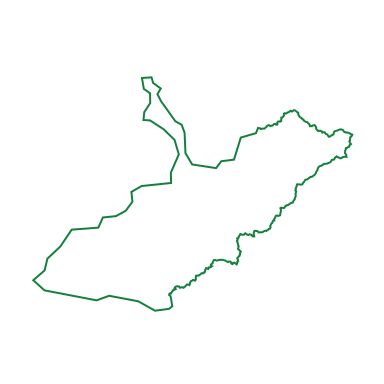 the district of Chatkal, Jalal-Abad, Kyrgyzstan, rotated 177°
{"feature_id": "92254566B64502136331534", "entity_name": "Chatkal", "entity_type": "district", "adm_level": 2, "iso_a3": "KGZ", "parent_name": "Kyrgyzstan", "parent_adm1": "Jalal-Abad", "projection": "equal_earth", "projection_center": [70.686, 41.73], "detail": "fine", "context": "isolated", "style": "outline", "palette": "green", "viewbox_px": 384, "rotation_deg": 177, "n_neighbors": 0, "source": "geoboundaries", "source_scale": "gbopen_adm2", "svg_char_len": 5896}
<svg xmlns="http://www.w3.org/2000/svg" viewBox="0 0 384 384"><g transform="rotate(177 192 192)"><path d="M252.5,195.3L252.0,185.4L259.2,176.7L269.2,171.9L282.3,171.2L287.4,161.3L314.1,160.7L326.4,144.4L339.9,133.0L343.3,121.4L355.1,112.2L344.5,101.5L292.9,88.8L280.2,92.7L251.5,85.7L235.1,75.4L221.2,76.5L217.7,78.9L218.7,88.2L219.1,89.3L219.3,89.7L220.2,90.3L220.0,91.4L219.2,92.0L218.1,91.8L217.7,92.8L216.7,93.9L216.4,94.8L215.6,94.9L214.7,95.4L213.4,95.8L213.6,96.4L214.5,96.9L213.8,97.9L213.0,98.4L211.6,98.7L210.5,98.3L209.8,98.3L209.5,97.7L209.0,97.0L207.8,97.2L207.5,97.4L206.9,97.4L206.1,97.2L205.6,96.8L205.3,96.9L204.7,97.5L203.7,98.0L203.4,98.4L201.6,100.0L200.8,99.8L199.5,99.1L198.9,100.4L198.7,101.6L197.9,102.8L197.6,103.1L196.1,103.6L195.8,103.7L195.7,104.0L195.3,104.0L194.7,104.0L193.7,103.3L193.0,104.0L192.7,104.6L192.8,106.0L192.3,108.2L189.6,108.2L189.0,108.8L188.1,109.1L187.8,109.3L187.1,110.1L186.8,110.3L184.7,110.3L184.7,110.9L183.5,111.3L183.2,112.2L182.9,112.6L183.0,113.5L182.2,114.5L181.9,115.3L180.9,115.0L179.9,114.3L179.7,114.7L179.3,115.1L179.2,115.8L177.5,115.8L176.0,116.8L176.5,117.0L177.0,117.4L177.2,117.8L176.7,118.7L175.2,119.7L175.2,120.4L174.7,121.2L174.4,121.9L173.8,122.7L173.6,122.9L172.3,122.8L171.2,122.3L170.2,122.3L168.0,122.8L164.7,122.7L164.3,122.4L162.5,121.9L161.9,121.4L159.9,120.2L159.1,120.6L157.4,120.5L156.7,119.8L156.6,118.8L156.2,118.3L155.2,117.9L154.8,119.0L154.3,119.2L153.6,119.3L153.1,119.1L152.2,118.2L151.2,117.4L150.9,118.2L150.4,118.8L150.5,120.0L149.5,120.7L149.7,121.4L149.7,122.2L150.0,122.6L150.3,123.1L150.2,123.7L148.0,125.6L148.1,126.2L147.2,127.0L147.3,127.7L147.2,128.6L146.9,129.4L146.4,129.9L146.9,130.5L147.4,130.9L147.8,131.7L148.9,132.4L149.0,133.1L148.5,134.1L148.6,134.7L148.3,135.2L148.3,135.7L148.7,136.4L148.7,137.5L149.1,138.3L149.0,139.3L149.1,139.6L149.6,140.1L149.5,141.2L148.9,141.8L149.3,143.3L148.2,143.6L147.8,143.9L147.7,145.1L146.4,146.6L145.9,147.5L145.2,147.1L144.9,147.1L144.4,146.7L142.5,146.7L142.3,146.7L141.0,148.0L139.3,146.7L138.1,146.1L137.0,146.7L136.4,146.7L135.9,146.4L135.1,146.3L134.2,145.0L134.0,144.6L132.3,144.4L132.5,145.4L132.5,147.3L132.3,148.6L132.0,149.4L131.8,149.7L131.5,149.9L130.9,150.0L129.6,149.6L129.0,149.6L127.8,148.7L127.6,148.1L126.0,148.2L124.7,148.1L123.6,148.2L122.8,148.8L121.2,149.4L120.5,149.5L120.0,149.2L119.3,149.7L118.5,149.8L118.2,150.1L117.6,150.9L117.0,151.1L116.1,151.2L115.4,152.5L115.4,152.9L115.7,153.4L115.6,154.2L115.3,154.6L114.9,155.4L114.3,156.4L113.4,156.9L113.1,158.2L112.8,158.7L112.4,159.0L111.4,159.2L111.7,160.1L111.1,160.6L111.0,161.2L110.7,161.6L110.3,162.0L109.8,163.5L109.4,163.9L108.1,164.0L107.2,163.5L106.4,163.9L105.3,164.1L105.1,164.6L104.6,167.1L104.3,167.6L104.3,169.1L104.1,169.7L104.1,170.1L104.6,171.2L104.1,171.6L103.7,171.6L101.0,171.2L100.6,171.4L99.3,173.3L98.5,173.3L98.2,173.7L97.8,173.9L96.7,174.0L96.0,174.5L95.2,174.8L94.7,175.4L93.4,175.9L92.6,176.2L92.0,176.1L90.9,178.1L89.8,179.3L89.9,179.9L89.8,180.3L89.4,180.8L89.0,181.7L88.7,182.2L88.6,183.6L88.7,184.6L88.2,186.3L88.0,187.1L88.2,187.6L88.7,188.0L88.2,188.9L88.3,190.3L87.8,190.9L87.1,192.6L86.9,193.8L86.6,194.2L84.6,194.0L82.9,193.6L81.3,194.0L81.0,194.8L79.6,196.2L78.3,198.1L77.4,198.5L76.0,198.6L75.0,199.5L73.3,200.4L73.0,200.9L72.1,200.8L71.4,201.1L70.9,201.2L70.2,201.8L69.0,202.4L68.4,203.0L67.1,204.7L67.0,205.3L65.5,207.5L65.3,208.6L64.6,209.8L63.8,210.8L62.4,211.2L60.8,211.8L59.8,212.4L59.4,212.9L57.3,213.3L55.9,213.2L54.7,213.6L52.3,214.5L51.7,215.1L50.7,216.7L50.1,216.7L48.3,217.1L47.8,218.0L47.5,218.7L45.7,220.0L45.3,219.7L44.3,219.0L42.8,218.4L42.4,218.0L41.8,217.9L40.6,218.3L39.8,218.9L38.0,219.2L36.7,219.2L36.0,219.0L36.2,220.2L35.9,220.8L37.2,222.9L37.0,223.8L37.0,225.0L36.2,226.5L36.1,227.6L35.9,227.9L34.9,228.0L33.9,228.6L33.4,228.6L32.9,228.8L32.6,229.1L32.6,229.9L32.3,230.4L31.0,231.2L30.7,231.5L31.6,232.7L32.2,234.4L31.6,235.0L31.1,238.4L30.3,238.8L29.8,239.3L28.9,240.9L29.1,241.0L29.4,240.7L29.7,240.8L30.1,241.1L30.1,241.4L30.4,241.6L31.9,242.6L33.4,243.2L35.0,243.3L35.4,243.4L35.8,243.8L36.3,243.8L37.0,244.2L37.4,244.8L37.7,245.7L39.5,246.7L41.4,246.7L43.6,245.8L45.2,245.5L46.2,245.2L46.9,244.7L47.2,244.1L47.4,243.4L47.6,242.2L47.8,242.0L49.8,241.3L50.5,240.6L51.8,240.0L52.5,240.0L53.0,240.6L53.0,241.0L53.9,242.3L55.5,243.2L56.0,244.0L56.1,244.4L56.3,244.6L58.1,244.9L58.7,244.6L58.8,245.4L60.4,246.4L63.1,246.4L63.4,247.0L64.1,247.7L64.7,248.7L64.7,249.4L64.6,249.9L65.6,252.0L66.1,252.4L68.2,252.0L68.8,251.4L69.7,251.6L70.8,251.6L70.8,252.1L71.4,253.8L71.8,254.2L72.4,254.5L72.8,255.2L73.4,255.8L74.2,255.9L76.3,257.1L76.8,257.9L76.9,258.5L77.9,258.9L78.7,260.1L79.3,260.3L80.7,261.6L80.9,262.0L81.0,262.5L81.6,263.3L81.8,264.0L81.7,265.6L81.8,265.7L82.4,265.8L84.1,267.5L85.0,268.2L86.2,268.3L87.0,267.6L87.9,267.1L88.8,267.9L89.5,268.0L90.2,267.3L91.2,266.7L91.7,266.7L92.2,266.4L92.8,266.2L93.3,265.7L93.9,265.7L94.3,265.4L94.6,265.6L95.7,265.8L96.1,265.5L96.3,264.7L96.2,263.9L96.2,263.3L96.4,263.0L97.7,261.9L99.0,261.6L99.0,261.2L98.9,261.0L98.8,260.3L99.1,259.5L99.3,259.2L99.2,258.9L99.2,258.4L99.4,258.0L100.1,257.7L100.6,257.7L100.8,257.9L102.2,257.9L103.0,257.3L103.2,257.0L103.1,255.3L103.3,254.9L103.7,254.7L104.5,254.9L104.9,255.3L105.3,255.6L106.1,255.7L106.8,255.3L108.2,254.1L109.4,254.1L110.1,253.7L111.2,254.3L111.4,254.6L111.9,254.7L113.1,254.4L114.0,253.8L114.1,253.3L115.6,252.1L116.3,251.6L116.6,251.5L118.4,251.7L119.2,251.3L120.0,251.2L120.5,252.0L121.6,252.2L122.6,252.6L125.1,247.4L140.4,243.8L148.4,222.1L161.1,221.2L166.7,214.6L190.4,219.5L196.5,231.2L196.3,251.5L198.8,259.7L204.9,263.5L218.1,284.2L221.4,291.5L217.8,297.0L225.1,302.9L226.4,308.6L236.0,308.5L234.7,297.5L228.7,292.8L229.1,282.9L235.5,274.2L236.7,266.4L230.2,265.7L217.1,256.2L206.7,245.0L203.2,230.3L212.1,212.4L212.4,202.1L242.0,200.6L252.5,195.3Z" fill="none" stroke="#15803d" stroke-width="2"/></g></svg>